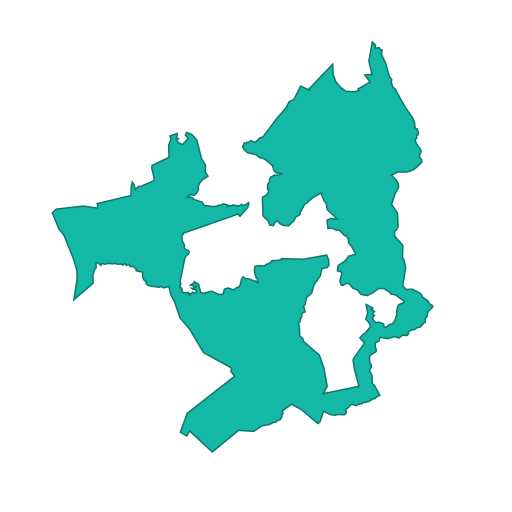 Xalpatláhuac, Guerrero, Mexico, rotated 346°
{"feature_id": "50627088B26783383987854", "entity_name": "Xalpatláhuac", "entity_type": "district", "adm_level": 2, "iso_a3": "MEX", "parent_name": "Mexico", "parent_adm1": "Guerrero", "projection": "albers", "projection_center": [-98.537, 17.429], "detail": "fine", "context": "isolated", "style": "filled", "palette": "teal", "viewbox_px": 512, "rotation_deg": 346, "n_neighbors": 0, "source": "geoboundaries", "source_scale": "gbopen_adm2", "svg_char_len": 6148}
<svg xmlns="http://www.w3.org/2000/svg" viewBox="0 0 512 512"><g transform="rotate(346 256 256)"><path d="M321.2,424.4L322.8,425.0L325.2,423.9L327.0,424.6L332.2,424.0L334.1,422.9L336.8,423.2L339.4,421.7L342.4,421.3L339.7,410.4L338.0,407.9L339.7,400.1L338.4,394.5L340.8,392.0L341.6,389.7L340.6,387.2L341.7,381.4L343.2,379.8L349.0,378.0L350.0,377.0L349.8,372.0L351.0,369.2L354.8,368.1L356.6,364.8L363.7,368.1L370.9,367.7L375.0,370.2L379.0,368.2L383.3,369.7L385.3,368.3L385.1,366.8L388.2,365.5L392.1,365.7L395.1,364.5L398.3,364.7L402.7,361.6L404.1,361.3L405.0,357.7L407.5,356.0L409.1,351.9L415.3,348.1L414.9,346.2L413.3,345.3L412.1,341.3L408.0,336.5L406.4,331.9L399.6,326.0L393.4,324.7L391.6,321.0L391.6,319.4L398.4,303.4L398.7,295.7L397.8,292.7L401.1,281.3L395.3,270.2L396.5,265.5L398.6,264.6L401.0,261.9L403.7,248.4L400.0,238.8L406.2,229.0L411.0,223.9L411.6,220.2L410.5,216.3L406.9,210.4L414.0,208.8L421.2,210.7L425.6,211.0L430.7,210.1L439.7,205.1L440.0,202.7L438.5,199.6L439.4,197.0L441.4,194.8L441.6,192.7L438.8,185.7L438.5,181.6L440.4,180.5L441.0,178.0L442.9,177.3L443.4,174.8L443.1,171.9L441.4,170.3L442.1,164.3L441.5,160.0L436.7,147.5L431.2,126.9L429.7,125.7L429.2,120.3L430.4,117.8L428.8,114.0L428.4,100.4L426.5,90.6L428.2,86.6L426.6,85.7L425.9,83.6L422.0,83.3L422.9,80.3L420.7,76.4L412.7,94.0L412.5,107.8L405.4,106.6L408.7,114.8L395.4,118.7L395.9,120.4L390.9,120.4L383.0,117.9L378.5,112.3L375.4,105.5L374.8,98.2L376.8,88.4L347.8,106.8L348.0,108.1L340.5,101.9L330.5,113.4L325.6,114.2L321.1,119.3L308.9,128.0L292.8,141.2L290.2,142.5L288.9,142.0L283.3,145.3L281.0,144.7L278.8,142.6L276.4,144.1L274.6,143.4L273.2,144.7L272.2,143.4L269.5,146.6L269.9,149.1L272.6,153.6L280.6,157.7L283.6,161.7L286.0,162.4L289.5,166.1L293.9,172.5L294.0,177.1L295.3,179.5L296.3,180.7L297.8,180.7L300.7,182.5L297.8,183.1L293.5,182.0L289.7,182.9L287.8,184.8L287.2,187.2L284.5,189.2L283.4,194.0L284.1,195.3L283.5,197.0L280.6,199.5L276.4,200.6L272.5,218.8L276.2,224.8L276.9,229.8L278.4,229.5L279.5,230.7L280.7,230.5L282.2,227.9L285.7,227.2L287.0,230.4L289.7,232.8L294.8,234.6L301.4,230.9L303.8,227.9L308.7,226.5L309.9,223.6L311.4,222.8L312.0,221.1L313.5,220.3L315.6,217.5L317.4,217.2L324.7,213.4L334.3,210.6L335.5,219.2L336.7,221.5L336.5,228.4L343.9,240.0L337.6,237.7L333.5,238.5L332.5,246.8L336.5,247.4L340.2,250.3L343.0,251.0L346.6,257.3L348.4,258.6L349.7,261.8L349.0,265.4L351.1,270.0L353.0,277.2L352.8,278.5L346.1,278.5L341.0,282.4L333.4,285.1L331.4,290.1L334.5,291.8L335.3,293.1L331.4,300.5L331.5,304.7L332.9,305.7L336.9,304.4L339.5,305.2L342.4,310.9L346.3,313.6L348.4,318.6L354.3,321.3L360.7,319.8L367.3,317.2L372.3,318.6L377.1,323.7L377.6,325.5L382.4,327.8L386.7,333.4L388.9,335.0L388.1,336.9L383.0,337.7L381.4,339.1L378.7,344.4L378.9,346.1L374.6,352.9L372.1,354.6L368.7,354.9L364.8,356.7L363.3,356.1L363.2,352.5L358.6,349.7L356.2,349.9L354.6,347.2L353.8,344.1L356.5,342.4L355.5,341.5L355.5,340.0L357.5,338.4L354.8,335.9L356.6,335.5L356.7,334.6L351.1,329.7L350.6,338.4L347.3,343.7L349.8,348.9L350.1,352.2L343.2,357.3L341.0,357.9L336.9,360.6L340.3,366.6L325.7,379.3L325.0,380.8L324.1,390.1L324.4,407.3L287.8,405.8L293.5,399.8L294.8,381.5L293.5,367.5L281.4,350.3L281.5,347.6L279.1,344.1L280.9,335.5L280.6,332.0L282.3,331.0L283.5,328.2L285.5,326.4L286.9,322.5L290.2,322.1L290.0,316.7L292.5,313.9L294.7,308.8L301.1,305.3L305.4,297.9L313.6,290.8L316.9,284.2L322.3,284.4L324.5,282.8L325.5,277.3L324.8,272.2L301.2,270.6L280.0,264.7L279.9,265.5L276.6,265.6L270.2,264.3L268.6,265.9L263.8,266.6L261.5,267.7L256.6,266.0L252.4,265.8L250.9,269.8L250.6,275.9L251.6,278.1L251.7,282.2L250.6,282.2L249.8,280.2L248.2,280.0L244.7,277.1L240.0,275.0L238.5,273.1L236.3,275.0L233.8,280.0L231.9,281.8L228.6,282.3L226.2,283.5L221.0,280.2L217.3,280.5L214.7,285.2L210.5,284.2L204.4,279.4L195.7,279.5L193.6,278.0L193.4,269.7L190.0,265.9L189.6,267.0L184.5,268.6L187.6,268.7L188.2,271.8L191.0,270.5L188.6,272.7L185.7,271.7L186.6,273.1L189.4,274.2L189.7,276.0L189.1,277.0L187.1,277.0L185.9,275.8L184.2,276.8L182.9,276.6L182.3,278.8L181.4,274.9L177.2,274.5L175.8,272.9L176.2,270.6L175.7,268.7L174.4,267.6L176.3,264.9L176.3,262.1L186.3,241.2L188.7,238.6L190.7,238.1L192.1,236.1L191.7,234.2L189.5,233.1L188.5,231.0L189.1,227.5L188.1,223.2L188.8,218.9L190.4,217.5L190.5,216.4L248.6,211.0L250.0,213.6L259.6,207.0L261.5,204.2L261.7,202.4L258.3,203.7L255.1,203.5L254.3,202.3L251.1,203.6L250.5,202.6L248.8,202.9L248.2,201.8L245.8,200.9L244.9,201.6L242.3,200.6L240.6,201.1L240.6,199.5L237.2,197.6L232.2,198.1L231.3,197.6L230.4,198.3L226.1,197.6L217.8,194.3L216.8,190.7L209.2,186.0L208.6,184.3L207.2,183.2L203.4,182.0L207.4,180.6L210.4,182.2L213.7,180.6L216.3,177.7L216.7,174.8L218.6,172.0L221.6,169.5L228.7,166.9L227.1,162.2L229.0,155.7L226.7,148.6L226.6,129.5L224.2,124.2L222.2,121.8L218.5,119.4L216.7,121.6L218.6,125.6L212.0,129.9L211.1,129.8L207.4,126.6L207.8,124.1L209.2,123.3L207.4,122.3L209.4,118.0L201.6,118.7L201.6,122.3L198.1,127.3L195.5,139.2L177.0,143.0L176.1,145.9L176.0,156.6L174.5,158.3L160.3,160.7L159.4,159.9L154.9,162.3L155.0,157.4L153.8,154.3L151.4,159.4L149.3,167.1L114.6,166.7L114.3,170.1L113.6,171.1L100.2,165.7L73.5,162.2L68.8,164.9L71.3,182.1L74.6,189.0L78.3,215.5L78.7,226.8L77.1,234.5L68.6,254.5L91.4,243.0L93.0,235.5L95.8,230.4L98.0,228.8L99.1,224.0L101.1,224.6L103.2,227.6L104.7,225.8L106.9,227.3L111.9,227.6L114.8,229.0L117.4,229.0L119.6,230.5L122.9,231.0L124.5,232.6L126.8,231.6L128.0,233.8L130.6,233.2L131.5,235.9L134.3,236.3L136.6,240.0L136.2,241.4L142.1,244.2L140.9,249.2L141.6,252.5L143.0,253.9L142.9,257.2L145.2,259.1L154.7,263.0L155.8,262.4L159.1,264.7L164.1,264.4L164.0,273.2L165.9,280.8L167.3,297.5L174.0,311.3L181.7,337.0L205.3,358.9L203.9,361.1L204.0,362.7L206.1,367.5L151.2,392.0L140.0,408.6L145.2,413.9L149.3,409.8L166.2,435.6L196.9,421.0L211.6,425.6L220.4,422.2L228.6,422.8L232.2,421.7L235.0,421.9L238.3,420.4L239.4,420.9L241.8,418.9L242.4,416.9L244.2,415.2L243.6,413.6L244.7,412.4L254.7,408.4L263.2,416.5L275.6,433.6L278.2,432.1L283.9,423.1L290.4,428.2L294.0,429.6L296.8,429.6L303.5,431.4L305.4,430.2L306.3,426.3L309.5,425.2L311.1,423.6L313.3,423.2L317.4,425.6L318.8,424.5L320.1,425.0L321.2,424.4Z" fill="#14b8a6" stroke="#0f766e" stroke-width="1.5"/></g></svg>